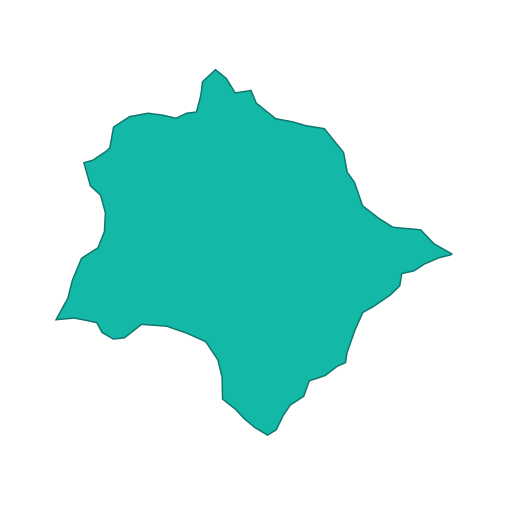 Kidasi, Paphos, Cyprus, rotated 104°
{"feature_id": "46923920B63387456593082", "entity_name": "Kidasi", "entity_type": "district", "adm_level": 2, "iso_a3": "CYP", "parent_name": "Cyprus", "parent_adm1": "Paphos", "projection": "robinson", "projection_center": [32.711, 34.815], "detail": "fine", "context": "isolated", "style": "filled", "palette": "teal", "viewbox_px": 512, "rotation_deg": 104, "n_neighbors": 0, "source": "geoboundaries", "source_scale": "gbopen_adm2", "svg_char_len": 1143}
<svg xmlns="http://www.w3.org/2000/svg" viewBox="0 0 512 512"><g transform="rotate(104 256 256)"><path d="M207.5,66.9L206.6,66.5L201.2,86.1L190.8,102.5L195.0,130.1L189.8,145.9L181.5,164.8L160.9,178.1L152.6,187.8L134.5,196.0L115.9,220.5L117.5,239.5L117.0,252.7L118.0,270.1L107.7,292.6L96.8,300.8L96.6,300.8L102.8,315.7L90.9,327.8L85.0,340.4L99.8,350.0L113.6,348.4L130.7,348.6L134.1,357.6L141.7,367.0L141.9,380.4L143.6,395.3L151.0,411.6L151.4,412.4L165.4,425.4L186.3,424.0L190.4,426.5L202.6,437.6L207.1,445.5L208.6,444.7L228.0,433.6L234.6,421.5L250.5,412.6L269.0,409.0L286.2,411.3L300.4,424.7L324.2,428.3L342.4,428.3L366.2,434.6L360.2,417.5L359.6,406.7L359.2,394.3L363.8,390.2L367.5,386.8L371.1,374.3L367.2,363.9L359.3,357.7L350.0,350.5L345.7,325.6L347.7,304.0L351.3,284.0L366.2,267.7L382.0,259.5L402.9,253.9L409.5,239.2L416.8,227.8L422.7,215.6L427.0,201.5L419.7,194.3L404.0,191.0L392.3,186.7L380.6,175.8L364.2,174.1L355.2,159.9L343.4,150.6L337.8,143.4L327.7,144.3L303.6,142.0L284.9,138.7L276.9,130.1L261.2,116.2L250.1,109.3L237.8,110.3L232.1,99.0L223.4,91.1L213.7,78.5L207.5,66.9Z" fill="#14b8a6" stroke="#0f766e" stroke-width="1.5"/></g></svg>